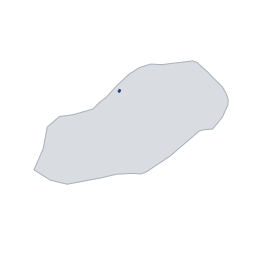 23, Ad Dawhah, Qatar shown in context, rotated 241°
{"feature_id": "91078587B28752145715053", "entity_name": "23", "entity_type": "district", "adm_level": 2, "iso_a3": "QAT", "parent_name": "Qatar", "parent_adm1": "Ad Dawhah", "projection": "robinson", "projection_center": [51.511, 25.278], "detail": "fine", "context": "in_parent", "style": "filled", "palette": "blue", "viewbox_px": 256, "rotation_deg": 241, "n_neighbors": 0, "source": "geoboundaries", "source_scale": "gbopen_adm2", "svg_char_len": 777}
<svg xmlns="http://www.w3.org/2000/svg" viewBox="0 0 256 256"><g transform="rotate(241 128 128)"><path d="M137.5,225.0L127.5,227.7L118.1,230.5L110.3,230.5L104.0,229.3L99.8,226.6L91.7,215.7L86.1,201.5L89.6,193.7L90.8,188.7L83.1,151.4L80.7,122.8L81.6,116.9L86.0,110.2L93.3,95.2L97.2,80.9L108.3,47.6L119.9,34.8L137.0,25.5L151.0,43.8L168.0,57.8L171.3,73.5L166.3,86.3L161.6,106.6L164.4,115.9L165.4,124.0L170.1,137.6L174.6,155.2L175.3,167.5L172.9,178.9L167.0,188.4L155.3,217.2L151.8,220.2L137.5,225.0Z" fill="#d9dde1" stroke="#a8b0b8" stroke-width="1"/><path d="M163.7,137.6L163.7,137.8L163.9,138.4L164.1,138.8L164.2,139.0L164.4,139.3L164.7,139.6L165.7,138.9L165.3,138.6L165.0,138.0L164.9,137.5L164.8,137.4L163.7,137.6Z" fill="#3b82f6" stroke="#1e3a8a" stroke-width="1.5"/></g></svg>